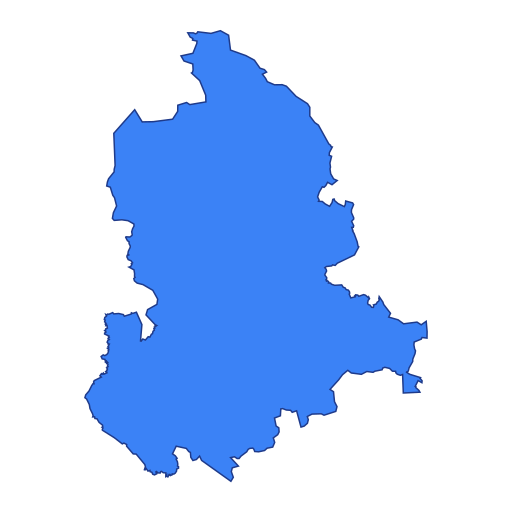 Kazdangas pag., Aizputes, Latvia
{"feature_id": "27541924B75570009017892", "entity_name": "Kazdangas pag.", "entity_type": "district", "adm_level": 2, "iso_a3": "LVA", "parent_name": "Latvia", "parent_adm1": "Aizputes", "projection": "albers", "projection_center": [21.685, 56.711], "detail": "fine", "context": "isolated", "style": "filled", "palette": "blue", "viewbox_px": 512, "rotation_deg": 0, "n_neighbors": 0, "source": "geoboundaries", "source_scale": "gbopen_adm2", "svg_char_len": 6077}
<svg xmlns="http://www.w3.org/2000/svg" viewBox="0 0 512 512"><path d="M211.0,33.4L197.8,31.8L196.8,33.3L195.5,33.8L193.4,32.9L187.8,32.8L190.2,37.1L192.8,38.5L192.5,40.1L197.0,41.1L196.8,43.5L192.9,53.3L181.0,55.9L184.0,61.0L192.8,64.0L193.1,70.1L192.4,72.5L191.5,73.0L199.7,80.6L205.7,95.2L205.9,101.9L189.8,104.6L186.6,102.5L177.8,105.2L177.7,111.4L172.6,119.2L153.1,121.7L142.2,121.9L134.7,109.7L113.8,133.3L115.1,165.6L114.2,169.2L114.1,171.9L108.6,178.7L107.4,182.0L106.7,186.0L110.3,187.2L112.8,195.3L114.5,197.7L116.6,206.0L113.4,212.7L112.4,218.4L114.2,220.4L121.9,219.8L128.1,220.7L133.9,224.0L134.0,226.1L132.6,228.7L131.7,231.7L132.2,234.6L131.9,235.5L129.9,237.0L126.0,236.8L125.7,237.4L127.5,240.8L129.0,241.6L129.1,243.7L130.3,246.0L130.2,247.3L128.3,251.3L127.8,254.5L129.4,254.9L127.1,255.4L126.9,256.9L128.2,259.6L131.1,260.8L132.5,262.8L131.3,263.7L131.9,264.5L130.6,266.6L129.0,267.1L134.0,269.9L134.6,273.7L134.5,276.4L135.1,277.3L133.8,278.5L134.4,280.8L137.1,283.1L143.0,284.6L152.8,290.3L157.7,299.1L156.9,304.4L147.6,309.6L146.0,314.9L154.9,324.4L156.6,325.5L155.4,325.8L155.8,326.2L154.6,326.9L154.9,327.1L154.2,328.1L154.5,328.4L153.9,328.6L154.3,330.2L153.0,331.3L152.5,333.7L151.4,334.2L149.9,337.1L148.2,336.7L145.4,340.0L142.8,339.0L141.1,341.2L140.5,341.0L141.9,324.6L136.4,312.2L132.8,313.4L131.4,312.8L131.1,314.1L124.3,316.2L123.4,314.6L118.7,313.5L113.8,313.9L112.7,312.6L109.0,314.2L107.5,314.1L106.8,315.1L105.8,314.5L106.4,316.3L104.8,317.4L104.3,319.6L105.2,320.1L104.6,321.8L105.6,322.6L105.4,324.2L106.2,324.1L105.8,325.6L107.0,325.4L107.4,328.1L105.7,328.9L105.6,330.2L104.7,330.5L106.0,332.0L104.6,333.1L104.6,334.0L109.0,336.1L108.5,336.9L109.2,337.4L108.1,338.5L109.2,339.6L108.0,340.1L107.1,342.2L108.1,343.3L108.0,343.9L109.3,344.1L108.0,346.6L108.5,346.7L108.7,347.9L107.5,348.3L108.8,349.6L108.2,350.7L108.5,351.0L108.0,353.0L106.8,354.5L104.8,355.6L103.2,354.9L101.1,356.5L102.2,358.9L105.0,359.4L105.2,360.9L106.0,360.8L105.6,362.1L106.2,362.0L106.4,362.8L107.0,361.7L107.9,362.6L107.3,363.6L108.0,364.6L107.4,366.3L108.0,366.7L106.6,367.8L107.4,368.7L107.4,369.7L106.7,370.1L106.8,371.0L105.7,371.5L106.9,372.8L103.9,374.2L103.5,374.1L103.7,373.6L103.4,373.0L102.0,374.3L101.4,373.7L99.9,375.8L101.3,377.1L94.2,380.6L93.6,381.9L94.0,383.7L93.0,383.7L91.7,385.6L89.0,391.0L85.7,394.9L84.9,397.7L86.6,399.0L89.3,404.5L90.0,408.6L92.6,413.9L93.1,415.8L92.7,416.9L94.6,416.8L94.9,418.5L97.0,418.8L99.1,422.4L102.5,425.1L102.7,426.3L102.3,426.9L102.7,426.8L102.9,428.2L102.3,429.3L102.4,430.2L114.3,437.7L122.3,443.9L123.9,443.1L126.7,444.5L126.6,446.2L133.2,453.9L136.2,454.1L144.8,464.5L145.4,466.7L144.4,469.7L145.1,469.9L146.2,468.5L148.0,471.1L149.9,470.4L150.1,471.7L151.9,472.3L152.7,474.2L154.5,474.9L156.7,473.8L155.9,471.9L156.5,471.5L157.9,472.9L160.2,473.0L160.7,471.6L161.6,471.4L163.2,472.7L165.9,472.9L165.8,476.2L166.6,475.3L166.5,476.4L167.9,476.9L169.1,474.4L169.8,474.5L169.2,475.6L169.8,475.0L170.3,475.6L172.3,474.7L172.3,473.9L173.8,474.1L175.2,473.2L176.5,471.2L176.7,469.0L178.5,468.2L178.5,466.6L177.5,466.1L177.8,464.1L177.4,461.7L176.1,459.1L177.1,458.3L175.3,455.8L172.5,453.8L176.2,446.2L186.3,448.4L188.8,451.6L190.4,452.4L190.8,457.3L192.9,460.5L196.4,459.5L199.6,456.1L201.6,460.4L230.9,481.3L233.3,477.3L231.3,471.6L232.3,467.8L238.4,466.1L230.6,457.6L234.5,456.8L237.1,458.5L239.1,458.5L241.0,456.1L246.7,451.8L248.2,449.3L249.8,448.4L252.8,448.1L253.9,449.3L254.7,451.5L258.6,451.8L264.6,450.5L267.1,448.2L272.7,447.1L274.7,442.4L273.3,437.9L277.7,434.7L279.1,431.9L278.8,427.8L276.1,426.0L274.5,418.0L280.4,415.8L280.8,408.9L282.7,408.6L286.3,410.0L290.6,410.3L292.2,412.3L296.6,410.8L301.0,427.1L304.2,426.1L307.4,423.3L308.3,419.7L307.3,416.5L312.0,414.1L321.3,413.8L324.0,415.2L335.8,411.4L337.0,406.6L334.5,401.7L333.5,391.7L330.0,389.4L338.6,379.9L342.5,374.7L347.8,370.3L351.3,373.0L361.4,374.3L366.8,371.5L373.1,372.3L374.9,371.2L382.1,369.8L382.7,368.1L384.8,367.3L389.6,368.4L392.4,371.2L395.6,371.3L395.9,372.9L397.2,374.2L400.4,375.3L402.6,374.5L403.3,393.0L419.9,392.2L418.9,390.4L415.8,387.6L415.9,386.6L415.2,386.4L418.1,380.6L421.9,382.7L422.1,380.8L420.0,378.2L420.5,377.6L409.8,374.3L406.0,371.9L407.0,372.1L408.3,371.0L409.1,367.8L412.7,361.5L412.8,359.1L415.0,353.7L415.5,350.8L414.6,348.9L413.9,344.9L414.2,342.0L421.3,339.1L422.0,337.5L427.0,338.1L427.1,331.6L426.2,321.3L421.2,324.8L417.0,322.1L403.6,323.8L398.1,319.8L388.7,317.1L390.5,313.3L383.7,304.5L382.9,302.1L379.2,296.6L378.8,298.8L379.3,299.5L378.7,301.2L377.2,302.2L376.3,304.0L373.5,304.9L373.8,305.3L373.4,307.4L371.6,307.3L370.0,305.1L368.2,304.5L367.6,303.1L368.1,300.4L369.5,298.7L368.7,297.0L368.4,297.7L365.5,295.2L363.6,294.6L358.8,296.3L357.8,295.1L355.6,294.8L355.3,295.2L355.5,295.7L354.7,295.9L355.1,296.8L350.8,297.9L349.2,294.1L349.7,293.2L349.4,291.6L348.3,290.1L346.2,289.6L345.0,287.8L343.3,287.3L341.7,284.9L334.7,285.3L331.4,284.2L330.6,283.1L328.8,283.0L329.3,282.4L328.1,282.9L328.8,282.2L328.5,281.6L327.5,280.8L326.5,281.1L326.0,279.7L326.6,279.4L326.7,277.6L325.0,275.3L324.9,274.3L326.6,271.0L326.1,269.2L324.8,267.7L326.5,266.5L331.7,265.9L332.5,264.9L335.2,265.4L337.3,263.2L354.5,254.9L358.8,246.8L358.0,246.1L357.2,241.9L354.1,233.5L352.6,231.0L353.0,230.8L351.7,227.4L353.3,227.3L353.7,225.7L351.6,221.3L353.7,219.1L353.7,217.8L351.4,212.5L351.5,209.7L353.6,204.6L352.6,202.9L345.7,201.0L345.3,204.5L344.3,206.6L338.1,203.6L334.5,200.5L334.3,199.1L333.6,199.1L332.8,199.4L332.1,202.5L329.6,206.3L325.3,204.0L322.3,201.5L318.5,201.3L319.1,200.0L317.6,196.9L319.2,192.2L322.3,186.8L324.0,187.3L325.8,185.6L327.6,182.3L332.0,184.7L337.2,180.5L333.6,178.9L330.7,173.8L330.0,168.9L330.5,167.1L329.9,163.1L331.6,156.3L329.2,155.3L329.4,152.6L332.3,147.0L331.0,146.6L330.6,145.3L328.8,143.9L318.4,125.1L314.8,122.6L309.8,116.0L309.8,107.3L307.5,103.7L296.1,96.4L286.4,86.2L282.2,84.7L274.5,84.8L267.3,81.7L265.6,78.4L262.4,74.2L266.6,72.1L264.4,69.6L260.0,68.2L254.4,60.2L245.9,55.6L230.5,50.1L228.6,35.2L220.4,30.7L211.0,33.4Z" fill="#3b82f6" stroke="#1e3a8a" stroke-width="1.5"/></svg>